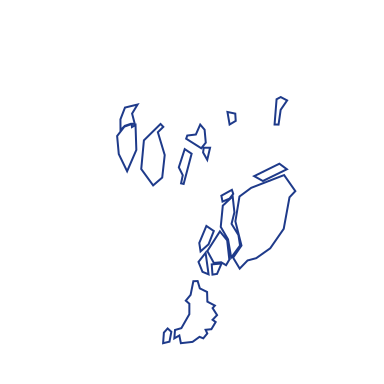 the district of Karimun, Kepulauan Riau, Indonesia, rotated 222°
{"feature_id": "22746128B38340908247842", "entity_name": "Karimun", "entity_type": "district", "adm_level": 2, "iso_a3": "IDN", "parent_name": "Indonesia", "parent_adm1": "Kepulauan Riau", "projection": "natural_earth1", "projection_center": [103.573, 0.836], "detail": "medium", "context": "isolated", "style": "outline", "palette": "blue", "viewbox_px": 384, "rotation_deg": 222, "n_neighbors": 0, "source": "geoboundaries", "source_scale": "gbopen_adm2", "svg_char_len": 1951}
<svg xmlns="http://www.w3.org/2000/svg" viewBox="0 0 384 384"><g transform="rotate(222 192 192)"><path d="M117.5,170.7L105.3,167.0L104.9,178.3L100.0,185.8L96.2,202.5L99.2,226.0L116.0,253.3L115.8,261.8L134.9,266.2L150.8,234.7L153.7,220.4L140.1,199.2L119.4,185.3L117.5,170.7ZM107.2,71.4L105.4,76.9L99.1,72.2L91.3,81.0L89.5,89.4L85.7,90.8L86.0,97.1L89.7,98.7L85.8,103.0L87.4,111.2L91.2,110.8L91.0,117.3L99.0,119.5L99.0,122.9L107.2,120.8L113.9,127.8L121.7,125.6L128.2,129.6L131.3,126.6L124.2,114.6L123.9,107.1L119.2,107.2L112.2,99.4L108.8,83.7L112.3,78.1L107.2,71.4ZM245.1,175.1L225.3,170.9L223.8,182.8L237.0,201.2L257.4,213.6L256.9,221.2L260.9,221.5L262.3,198.2L245.1,175.1ZM271.8,171.2L254.1,164.0L261.5,186.0L278.8,204.0L280.1,200.1L282.3,202.2L286.0,195.3L285.1,183.5L271.8,171.2ZM119.0,169.5L120.5,184.4L128.7,191.1L141.3,194.8L146.9,205.3L158.8,215.9L160.0,202.5L147.3,185.3L133.5,180.9L119.0,169.5ZM128.3,153.9L123.3,159.3L117.7,160.4L119.0,166.7L133.5,179.6L144.9,181.4L141.1,158.4L128.3,153.9ZM156.4,245.4L146.7,247.6L136.7,272.4L146.0,271.5L156.4,245.4ZM293.8,198.1L286.5,190.1L286.2,196.2L283.0,201.9L280.1,204.3L289.0,210.2L291.0,220.6L298.3,209.9L293.8,198.1ZM158.6,176.4L152.5,159.0L145.9,153.6L144.7,164.2L149.7,177.6L158.6,176.4ZM232.0,227.7L214.4,230.7L214.8,237.9L224.3,246.7L231.0,247.6L227.6,237.3L233.3,230.8L232.0,227.7ZM205.9,191.1L203.6,192.4L217.9,220.2L226.1,219.0L218.3,201.5L210.1,198.3L205.9,191.1ZM130.8,139.7L124.6,141.9L141.2,155.9L140.4,144.4L130.8,139.7ZM191.2,317.5L175.8,297.4L172.8,300.0L181.1,312.4L182.6,323.7L189.6,321.9L191.2,317.5ZM112.3,60.3L108.6,65.7L113.8,74.3L118.8,74.3L118.8,68.7L112.3,60.3ZM162.9,205.3L159.7,212.2L160.1,218.2L163.8,220.3L167.7,208.9L162.9,205.3ZM121.5,144.3L118.6,147.9L122.2,158.6L128.9,151.4L121.5,144.3ZM209.2,267.3L207.1,274.1L212.3,279.2L219.2,275.2L209.2,267.3ZM202.2,226.1L208.2,237.0L212.9,232.7L210.2,228.8L202.2,226.1Z" fill="none" stroke="#1e3a8a" stroke-width="2"/></g></svg>